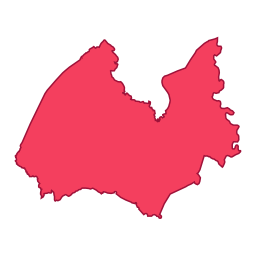 the district of Mamprugu Moagduri, Northern, Ghana
{"feature_id": "2480657B18075285363234", "entity_name": "Mamprugu Moagduri", "entity_type": "district", "adm_level": 2, "iso_a3": "GHA", "parent_name": "Ghana", "parent_adm1": "Northern", "projection": "robinson", "projection_center": [-1.366, 10.258], "detail": "fine", "context": "isolated", "style": "filled", "palette": "rose", "viewbox_px": 256, "rotation_deg": 0, "n_neighbors": 0, "source": "geoboundaries", "source_scale": "gbopen_adm2", "svg_char_len": 5810}
<svg xmlns="http://www.w3.org/2000/svg" viewBox="0 0 256 256"><path d="M41.3,198.1L43.2,196.9L44.0,195.3L44.1,193.6L47.2,193.2L48.6,192.6L50.1,193.0L51.2,192.9L51.6,192.4L51.3,191.0L51.6,190.4L53.7,192.3L54.1,195.2L54.5,196.4L54.5,199.8L54.8,200.7L55.4,201.0L56.5,200.2L57.9,200.7L60.1,199.7L61.6,197.3L62.6,196.1L65.3,194.7L66.0,194.7L68.4,196.2L69.4,196.0L70.9,195.0L72.6,193.1L74.8,192.4L75.8,191.2L77.6,190.8L78.7,189.7L80.7,189.4L81.6,188.4L82.4,188.1L85.7,188.1L88.9,188.5L90.4,189.0L92.8,188.2L96.4,190.2L98.4,191.9L100.2,192.7L101.3,193.8L102.1,192.8L102.5,193.2L103.0,192.9L103.4,191.8L105.7,192.2L107.5,193.0L111.2,193.4L114.0,192.8L114.2,192.7L114.4,191.8L114.8,191.6L115.8,191.6L116.3,191.9L116.6,192.6L116.2,193.8L120.8,197.4L125.9,200.0L131.1,202.1L131.9,202.8L134.7,203.5L135.4,202.7L136.1,202.7L136.4,203.0L136.5,203.7L136.1,204.2L137.4,207.2L138.5,207.4L139.1,208.7L138.9,209.2L143.8,214.6L145.1,213.6L146.6,213.6L147.5,214.6L147.7,216.1L151.6,216.1L152.9,214.9L154.5,214.6L156.3,215.5L156.8,216.3L158.7,216.5L158.7,217.1L159.1,217.9L159.8,218.2L160.9,218.1L161.4,217.2L161.4,216.2L160.5,215.1L159.6,214.6L164.2,203.8L170.2,194.0L185.8,186.7L187.9,185.4L191.3,183.9L194.3,182.0L194.6,183.0L195.6,183.8L197.4,184.6L199.0,183.5L199.8,181.4L200.4,177.8L198.8,175.2L197.2,173.5L198.2,172.8L199.9,169.8L204.2,155.7L205.5,156.1L207.1,155.9L208.7,156.7L209.8,156.7L210.6,157.6L212.7,158.8L214.2,159.1L216.0,160.5L217.4,161.0L218.0,161.6L218.9,164.0L220.8,165.8L221.2,165.9L221.5,166.4L222.0,166.6L222.3,167.1L222.9,166.6L224.3,163.6L224.8,162.0L224.3,159.7L226.2,156.0L227.3,155.5L229.0,155.9L231.0,157.0L232.0,156.9L235.7,154.7L238.8,153.4L240.5,151.7L240.6,151.1L240.5,150.7L239.0,150.7L238.4,149.9L238.1,148.5L238.2,146.3L237.6,145.2L236.8,145.0L236.1,145.2L235.3,146.6L235.4,147.2L234.4,148.8L233.0,149.0L232.3,148.4L232.2,145.3L232.4,143.9L233.5,141.8L237.6,141.9L238.8,139.8L238.7,136.1L238.3,135.2L236.9,133.8L236.7,132.1L236.9,130.3L238.6,127.5L239.0,126.7L238.8,126.1L237.6,125.2L233.4,125.1L231.1,124.0L230.3,123.3L229.4,121.3L226.6,119.2L225.9,118.1L225.5,114.2L226.1,113.0L226.9,112.7L227.8,113.1L229.8,114.5L231.0,114.8L232.8,114.6L233.2,114.2L234.0,112.7L232.5,110.9L230.2,109.9L229.5,109.0L227.4,107.7L224.4,108.5L221.5,108.3L220.6,107.4L220.3,106.5L220.4,105.3L220.8,104.1L220.5,102.0L220.0,101.2L218.7,100.7L217.0,100.9L213.6,99.5L212.8,98.6L212.3,97.5L212.2,96.5L212.8,95.8L213.1,93.9L213.4,93.2L214.0,92.7L216.1,93.3L218.9,92.6L219.5,91.0L221.2,90.1L223.1,88.4L223.6,87.5L223.6,84.3L223.9,83.1L223.7,81.8L223.4,81.2L222.6,80.4L221.2,79.5L220.2,80.0L219.9,80.7L219.4,81.0L219.0,80.7L218.6,77.0L219.3,72.8L219.0,70.1L218.1,67.8L215.4,65.7L214.7,65.4L214.4,64.7L214.7,63.6L215.7,62.4L215.7,61.7L213.7,59.0L213.8,55.8L214.6,54.9L216.6,55.9L220.1,52.9L220.6,52.0L220.6,50.9L221.5,48.4L221.5,47.5L220.9,46.3L218.2,46.2L217.3,45.5L217.0,45.0L216.8,44.0L217.4,41.6L217.5,37.8L215.0,38.9L208.7,40.6L208.0,41.5L207.5,41.5L204.4,43.4L196.5,50.3L195.2,52.9L190.6,59.6L185.5,68.0L177.6,70.9L167.5,75.3L164.5,76.2L162.8,78.0L162.0,80.7L162.0,82.6L162.8,85.7L167.6,92.3L168.9,94.6L170.2,100.2L169.9,102.4L168.8,106.4L167.7,108.5L166.4,110.1L165.8,110.4L165.5,110.8L165.9,111.8L165.9,113.7L164.2,114.0L162.8,114.6L162.8,115.2L164.1,116.4L164.1,116.9L163.2,117.3L162.6,117.8L161.5,116.8L160.4,117.0L159.6,117.8L160.0,119.5L159.6,120.3L159.3,119.2L157.6,119.1L157.3,119.7L157.6,120.3L158.5,120.5L158.9,120.9L158.6,121.4L158.0,121.2L157.4,121.6L157.1,121.4L157.3,120.7L157.1,120.2L156.8,120.0L155.4,120.4L155.2,118.8L154.5,117.4L154.9,116.3L154.3,115.8L154.1,114.3L155.1,113.7L154.5,110.5L153.3,110.6L153.3,110.1L152.0,108.8L151.7,107.5L151.2,107.4L150.9,107.8L150.3,107.7L149.2,106.1L150.1,104.5L150.4,102.7L150.2,101.9L148.9,101.3L148.8,102.2L149.2,102.7L149.3,103.2L148.7,103.5L144.9,103.0L144.6,103.2L144.1,103.0L143.3,101.6L142.7,101.6L141.6,102.1L140.3,102.3L139.2,101.5L135.4,101.1L134.9,100.2L134.1,99.8L131.9,99.8L130.6,99.3L130.6,99.0L131.4,98.6L131.5,97.9L131.1,96.2L129.4,95.5L127.2,93.2L126.8,93.1L126.2,93.4L125.8,94.5L125.3,94.9L125.0,94.8L124.6,93.7L123.1,93.4L122.9,92.7L124.4,92.1L124.8,91.4L124.1,90.1L124.4,89.3L124.4,87.4L123.6,85.5L122.4,83.4L120.7,81.7L120.1,81.9L118.0,81.7L114.5,80.0L113.3,78.0L111.8,76.7L111.6,75.2L111.0,73.9L110.6,70.8L110.9,70.6L112.7,70.9L114.4,70.7L115.0,69.3L116.8,67.5L117.8,64.3L117.0,63.7L116.3,63.9L115.2,63.6L114.7,62.3L115.6,62.6L117.4,61.6L118.2,59.2L117.7,57.3L116.3,55.8L115.5,54.6L113.0,52.4L112.1,51.0L112.2,50.7L113.8,50.6L114.2,50.3L114.6,49.2L114.3,48.5L113.1,47.0L111.3,46.0L110.7,45.2L107.8,43.5L105.1,40.2L104.6,40.0L103.8,40.3L103.2,41.3L101.5,42.9L100.8,43.9L99.2,47.3L98.4,47.0L96.9,47.0L96.0,47.9L95.4,48.2L93.8,46.6L92.3,47.7L89.9,49.0L89.3,49.6L89.3,50.8L89.0,51.5L87.9,51.9L86.7,52.9L85.9,52.9L85.7,53.4L84.4,54.2L82.7,56.0L82.0,56.3L81.4,56.8L81.6,57.3L81.4,57.2L80.7,58.0L80.4,58.6L80.6,58.9L79.8,60.0L69.4,67.2L65.2,70.7L62.7,72.9L55.9,80.3L47.3,90.2L45.0,93.6L30.3,123.9L22.2,142.4L20.7,144.7L20.3,145.9L20.9,147.6L20.0,149.0L20.1,149.7L19.2,150.9L19.2,151.5L18.5,151.7L17.9,152.4L16.9,153.7L16.7,154.9L15.6,155.5L15.4,155.9L15.9,156.1L16.0,156.9L15.7,157.1L15.7,157.5L16.2,157.8L16.5,159.5L16.5,160.0L15.4,160.9L16.7,162.7L16.8,163.2L16.5,163.7L16.6,164.0L17.5,164.4L17.7,164.9L19.8,166.3L21.4,166.9L21.6,167.6L22.6,167.7L23.2,168.2L24.2,167.9L24.8,168.3L25.0,169.3L25.9,170.3L26.0,171.8L27.1,172.2L26.9,172.9L27.3,173.9L27.8,174.3L28.4,174.2L29.7,176.6L31.9,176.6L32.9,175.9L33.7,176.6L34.5,176.7L36.0,176.2L36.9,176.8L37.9,178.8L37.4,179.1L37.8,181.3L39.7,183.6L39.1,184.2L38.7,185.2L38.7,186.9L39.1,187.4L40.5,187.9L40.7,189.0L41.7,189.3L40.8,191.2L40.9,191.8L40.6,192.7L40.8,193.1L40.5,193.9L41.4,195.7L41.7,195.8L41.7,196.2L41.9,196.5L41.5,196.7L41.3,198.1Z" fill="#f43f5e" stroke="#9f1239" stroke-width="1.5"/></svg>